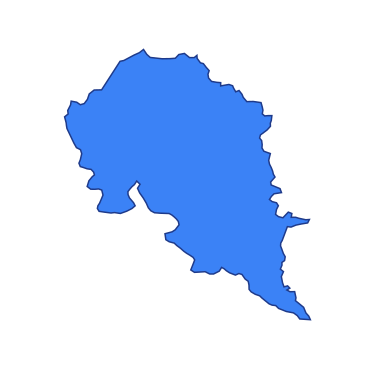 Nova Glória, Goiás, Brazil, rotated 78°
{"feature_id": "56859067B657997990289", "entity_name": "Nova Glória", "entity_type": "district", "adm_level": 2, "iso_a3": "BRA", "parent_name": "Brazil", "parent_adm1": "Goiás", "projection": "orthographic", "projection_center": [-49.482, -15.08], "detail": "fine", "context": "isolated", "style": "filled", "palette": "blue", "viewbox_px": 384, "rotation_deg": 78, "n_neighbors": 0, "source": "geoboundaries", "source_scale": "gbopen_adm2", "svg_char_len": 2853}
<svg xmlns="http://www.w3.org/2000/svg" viewBox="0 0 384 384"><g transform="rotate(78 192 192)"><path d="M124.6,295.8L127.4,292.3L131.6,291.9L137.2,294.5L140.3,296.6L143.9,296.0L145.3,293.4L147.5,289.8L148.9,286.0L152.1,284.1L155.0,283.9L156.3,286.4L159.6,290.5L164.8,293.4L168.2,290.5L169.1,286.6L169.6,282.7L171.3,279.9L176.5,279.7L180.0,282.1L183.7,284.7L185.9,286.9L188.4,288.0L191.6,286.9L193.4,282.1L195.7,275.6L196.0,272.1L198.1,266.5L197.2,259.8L195.7,254.2L193.7,250.5L190.3,251.4L184.8,254.4L181.2,255.1L178.3,254.6L176.2,252.1L174.3,249.6L172.8,246.8L169.8,243.8L173.6,241.2L177.0,244.5L182.0,243.4L187.8,240.9L193.5,239.0L198.4,238.0L201.8,236.2L204.5,233.0L206.2,227.2L208.3,218.8L210.4,216.4L212.8,214.5L215.1,212.9L218.0,211.5L221.4,211.5L225.5,216.3L226.8,219.7L227.2,227.1L233.2,227.5L235.9,224.7L238.3,220.0L241.2,218.0L244.5,215.1L248.4,212.2L250.8,210.0L253.4,207.2L256.2,204.5L259.0,203.5L262.6,205.8L268.0,209.4L271.1,206.3L272.7,195.7L275.9,191.7L276.7,188.0L275.1,181.8L271.9,178.7L273.8,176.5L276.1,174.8L278.9,172.0L282.3,166.8L281.5,163.1L283.0,160.3L288.2,158.1L291.0,155.6L294.8,155.6L299.1,156.4L302.0,154.9L305.2,151.4L307.6,147.4L310.3,145.6L314.3,142.4L317.4,139.9L319.3,137.2L320.5,133.7L323.9,131.5L326.2,128.0L328.5,124.6L331.3,117.9L334.8,114.7L338.6,113.0L341.5,102.8L337.7,103.6L334.0,105.7L328.0,106.8L319.8,113.4L317.1,112.3L310.8,112.3L309.9,116.9L307.6,119.6L306.4,116.3L303.7,118.0L303.9,121.7L299.7,122.3L293.3,122.2L288.9,119.1L285.8,121.6L282.3,119.2L279.6,118.7L278.3,115.7L274.7,114.3L271.3,115.4L266.2,116.1L263.2,116.6L260.4,115.8L258.1,113.8L245.7,105.9L246.9,102.4L246.0,97.2L246.0,92.1L246.3,85.3L243.3,82.9L242.8,86.5L239.9,93.0L238.3,95.8L237.4,100.2L233.8,98.8L231.7,102.0L236.1,108.4L234.1,112.5L231.3,114.9L226.7,113.0L223.4,110.4L220.1,111.6L218.0,115.7L215.4,117.8L212.8,115.2L210.8,112.1L211.2,104.6L207.0,105.2L201.6,113.1L198.6,113.0L194.6,107.7L191.6,108.7L188.2,108.8L184.7,109.4L180.9,110.4L177.0,110.4L173.4,108.7L170.7,107.4L167.1,113.2L163.5,114.4L160.2,113.5L156.2,113.2L153.3,114.7L150.4,113.2L146.9,105.6L144.0,101.6L141.0,101.1L138.6,99.6L133.9,98.0L133.1,101.8L132.7,105.1L130.2,107.0L126.7,105.6L123.3,105.6L118.9,105.9L116.2,113.3L115.0,119.6L110.1,122.2L106.8,122.8L102.5,124.9L103.1,128.4L99.1,129.7L96.5,130.2L94.5,133.5L94.3,138.4L94.2,141.9L91.0,141.2L89.9,144.9L87.9,149.9L84.0,152.1L80.1,151.9L76.9,150.0L73.0,152.2L68.8,154.2L67.4,156.9L62.4,159.2L59.4,158.8L61.0,161.9L60.0,166.5L54.9,170.6L54.8,176.3L57.7,180.5L57.0,185.7L55.5,193.4L51.7,204.9L48.0,207.6L42.5,209.8L44.8,214.6L46.0,220.2L49.2,231.3L49.2,235.2L73.3,259.2L71.9,266.5L74.7,272.1L79.6,275.0L83.1,279.0L83.4,283.1L80.2,286.1L78.0,291.3L81.6,292.7L86.4,296.6L89.9,296.9L92.0,301.0L98.2,300.7L101.0,301.0L103.9,301.1L119.8,297.3L124.6,295.8Z" fill="#3b82f6" stroke="#1e3a8a" stroke-width="1.5"/></g></svg>